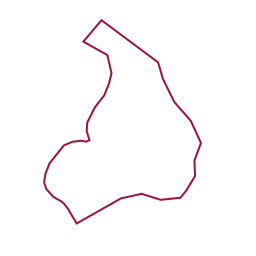 the border of Vuzenica, rotated 189°
{"feature_id": "SVN-1005", "entity_name": "Vuzenica", "entity_type": "Municipality", "adm_level": 1, "iso_a3": "SVN", "parent_name": "Slovenia", "parent_adm1": "", "projection": "orthographic", "projection_center": [15.169, 46.568], "detail": "fine", "context": "isolated", "style": "outline", "palette": "rose", "viewbox_px": 256, "rotation_deg": 189, "n_neighbors": 0, "source": "natural_earth", "source_scale": "10m", "svg_char_len": 574}
<svg xmlns="http://www.w3.org/2000/svg" viewBox="0 0 256 256"><g transform="rotate(189 128 128)"><path d="M163.8,25.7L175.3,39.5L179.5,43.3L182.7,45.2L190.8,48.2L199.2,55.0L202.4,61.3L202.4,69.7L200.0,80.8L188.7,100.7L180.8,105.7L172.1,108.1L167.2,107.9L164.2,110.1L168.3,118.4L169.1,127.0L164.0,143.1L156.6,156.5L153.6,169.7L152.9,179.6L159.8,196.8L185.6,206.3L171.1,230.3L108.5,197.5L101.2,181.9L86.3,160.9L67.1,144.9L53.6,124.6L57.3,106.2L54.3,91.1L60.9,74.8L65.4,67.3L84.4,62.2L104.3,65.1L123.9,57.4L163.8,25.7Z" fill="none" stroke="#9f1239" stroke-width="2"/></g></svg>